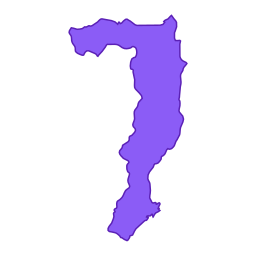 SVG path tracing the border of Xaignabouri
{"feature_id": "LAO-3278", "entity_name": "Xaignabouri", "entity_type": "Province", "adm_level": 1, "iso_a3": "LAO", "parent_name": "Laos", "parent_adm1": "", "projection": "natural_earth1", "projection_center": [101.237, 18.696], "detail": "fine", "context": "isolated", "style": "filled", "palette": "violet", "viewbox_px": 256, "rotation_deg": 0, "n_neighbors": 0, "source": "natural_earth", "source_scale": "10m", "svg_char_len": 4261}
<svg xmlns="http://www.w3.org/2000/svg" viewBox="0 0 256 256"><path d="M70.0,34.2L69.5,33.5L69.1,32.3L69.5,30.6L71.3,27.8L73.8,28.3L77.1,29.3L79.7,29.1L82.3,28.6L84.6,26.9L86.3,27.0L87.8,26.3L88.6,25.8L89.4,25.8L90.4,26.1L91.5,25.9L92.2,25.6L97.6,22.0L98.7,20.8L100.0,19.6L101.0,19.0L102.0,18.9L111.4,20.6L115.0,21.9L117.7,24.2L118.0,23.5L118.5,22.7L118.7,22.2L119.3,22.2L120.3,23.6L121.6,23.1L123.5,21.0L125.4,19.5L126.1,19.2L127.1,19.2L127.9,19.7L128.6,20.2L130.1,21.0L135.1,24.8L136.9,25.4L160.1,25.2L163.0,24.4L164.7,22.2L163.8,21.5L164.7,20.5L166.4,19.6L167.6,19.2L168.3,18.6L170.6,16.1L171.5,15.4L173.2,17.8L174.4,19.4L175.6,20.7L176.5,22.4L176.6,26.8L175.2,31.0L174.5,32.7L174.5,38.2L175.4,40.5L177.6,40.6L179.8,40.4L180.5,41.0L179.8,44.2L179.9,56.4L180.3,57.7L180.9,58.9L181.9,60.1L183.1,61.0L186.1,62.5L186.9,63.5L186.3,64.4L183.8,67.4L183.2,68.8L182.8,70.6L181.0,73.6L180.6,74.8L180.5,76.6L181.0,82.0L180.9,83.8L180.3,86.9L179.5,95.7L179.4,97.3L179.1,98.4L178.9,99.3L179.2,100.1L179.7,100.8L179.9,101.7L180.0,103.5L179.9,105.7L179.2,109.0L179.0,110.7L179.4,112.1L182.7,116.1L183.5,119.1L182.9,121.9L180.6,127.3L180.2,129.2L179.9,133.1L179.6,134.8L177.1,139.6L175.9,141.4L174.3,145.7L173.5,146.7L173.3,147.0L171.6,148.6L170.7,148.9L169.7,149.2L168.8,149.1L167.9,148.6L166.7,149.8L165.3,153.1L164.5,154.5L162.8,155.9L161.6,156.4L161.3,157.2L161.2,158.3L161.1,159.1L160.3,160.4L159.2,161.8L157.9,163.1L156.5,163.6L154.8,163.9L154.1,164.7L153.7,165.9L153.1,167.3L149.5,171.9L148.1,174.9L147.8,178.6L148.2,179.9L149.6,182.7L149.9,183.9L150.4,190.4L150.2,193.1L149.8,195.6L149.7,198.0L151.3,201.1L151.7,202.0L152.2,202.7L153.4,203.0L155.2,202.5L155.9,202.8L156.3,204.2L156.8,204.2L157.4,203.7L158.5,203.0L159.5,202.9L160.0,203.9L159.8,204.5L158.4,207.3L158.4,207.9L159.0,208.3L159.1,208.5L158.2,208.9L159.9,210.5L158.4,211.6L155.8,212.9L154.3,214.7L154.0,215.4L153.6,216.1L153.3,216.8L153.1,217.0L152.4,215.3L152.3,214.7L152.2,214.3L152.0,214.2L151.7,214.4L151.4,214.7L150.3,215.8L149.2,215.9L148.0,215.8L146.9,216.2L146.5,217.0L147.0,217.2L147.8,217.3L148.2,217.4L148.1,218.0L148.0,218.3L146.6,220.2L146.1,220.4L145.5,220.4L144.6,220.8L136.0,228.7L134.6,230.9L133.0,234.2L132.6,235.0L131.6,235.4L130.6,235.6L129.8,236.1L129.6,237.5L128.3,239.6L127.9,240.1L127.1,240.6L126.9,240.6L126.6,240.4L124.3,239.4L122.0,237.8L120.7,237.5L119.7,235.9L118.4,234.7L117.0,233.6L115.5,232.8L112.1,232.0L109.3,231.5L108.1,230.4L108.1,228.4L109.1,226.4L111.7,223.0L113.3,218.9L113.5,218.2L113.9,216.5L113.7,214.7L113.5,213.8L113.7,213.0L114.2,212.4L114.9,212.0L115.0,211.8L115.0,211.6L115.0,211.4L114.9,211.2L114.4,210.6L114.2,210.0L114.4,209.4L114.9,208.9L116.5,208.1L116.9,207.0L116.7,203.9L117.0,202.0L117.6,201.1L120.0,199.5L122.0,197.5L123.3,195.3L124.3,192.9L125.6,190.5L126.6,189.6L129.1,187.8L129.7,186.6L129.5,185.4L128.1,182.0L127.9,180.2L128.2,178.6L129.3,175.1L129.5,173.7L129.2,172.9L128.7,172.4L128.2,172.1L127.7,171.6L127.1,169.7L126.9,169.1L126.8,165.9L127.0,165.0L127.4,164.3L128.7,162.7L128.9,162.1L128.2,160.8L123.3,158.3L122.7,157.6L120.9,155.7L119.8,154.1L119.3,152.5L119.7,150.7L121.9,148.1L122.5,146.3L122.6,145.4L123.0,145.0L127.9,141.9L128.9,140.7L129.2,139.7L129.2,137.7L129.4,136.8L129.9,136.2L131.3,135.6L131.9,135.3L134.1,132.9L135.1,131.5L135.5,130.1L135.1,128.6L133.3,126.6L132.8,124.9L133.1,123.4L134.2,120.5L134.6,118.9L134.2,113.5L134.3,111.7L134.9,110.1L136.8,107.6L137.6,106.3L138.3,103.3L138.9,102.0L142.2,98.4L141.5,95.7L139.4,93.1L136.1,89.7L135.2,88.6L134.6,87.2L134.5,85.0L134.7,79.7L133.1,72.1L133.1,71.5L133.2,71.0L133.3,70.5L133.0,69.8L132.5,69.4L131.2,69.1L130.7,68.7L130.3,66.0L130.7,62.2L131.8,59.0L133.6,57.7L135.3,57.2L136.4,55.2L136.8,52.6L136.6,50.4L136.3,49.2L136.0,48.3L135.3,47.5L134.3,46.9L133.0,46.5L132.2,46.7L131.5,47.3L130.6,47.9L128.7,48.4L126.6,48.7L124.4,48.5L122.2,47.6L118.9,45.3L117.2,44.6L115.0,44.3L108.2,44.4L107.7,44.3L107.3,44.4L106.6,44.9L106.3,45.3L105.3,47.1L102.2,51.3L98.7,55.1L97.9,56.3L97.3,56.0L96.8,55.1L96.1,54.2L95.0,53.5L88.7,50.8L86.7,50.9L85.1,52.3L84.2,53.9L83.6,55.1L82.2,55.2L80.0,54.4L77.8,53.4L76.4,52.4L75.5,51.3L75.3,49.9L75.3,48.5L75.0,46.9L74.4,45.8L72.8,43.6L72.2,42.4L71.7,40.8L71.5,37.9L71.3,36.4L70.8,35.4L70.0,34.2Z" fill="#8b5cf6" stroke="#5b21b6" stroke-width="1.5"/></svg>